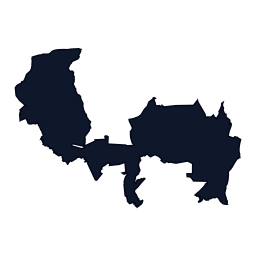 outline of Donato Guerra, México, Mexico
{"feature_id": "50627088B84805364121856", "entity_name": "Donato Guerra", "entity_type": "district", "adm_level": 2, "iso_a3": "MEX", "parent_name": "Mexico", "parent_adm1": "México", "projection": "albers", "projection_center": [-100.178, 19.319], "detail": "fine", "context": "isolated", "style": "filled", "palette": "ink", "viewbox_px": 256, "rotation_deg": 0, "n_neighbors": 0, "source": "geoboundaries", "source_scale": "gbopen_adm2", "svg_char_len": 5822}
<svg xmlns="http://www.w3.org/2000/svg" viewBox="0 0 256 256"><path d="M240.6,139.5L238.0,138.1L237.6,137.5L234.8,136.8L233.4,138.2L228.0,136.1L229.2,130.8L231.1,125.7L231.1,123.5L230.5,123.1L230.2,123.9L229.5,124.0L229.4,122.7L229.9,122.4L229.7,120.0L227.3,118.1L226.1,117.6L225.9,114.1L224.7,114.2L223.2,110.8L223.0,109.1L223.4,108.8L223.3,107.7L222.6,106.1L222.3,104.7L223.0,102.5L221.8,103.3L221.6,105.9L220.4,109.0L219.0,111.7L219.5,112.8L219.0,114.4L217.3,117.2L216.9,119.2L216.0,117.9L214.1,117.1L213.8,115.7L213.4,115.0L211.5,116.8L210.4,117.1L207.4,117.0L205.6,117.4L205.0,114.3L197.7,101.7L197.5,100.3L193.5,105.4L175.8,105.7L164.5,106.9L164.6,107.7L162.3,105.6L162.3,106.3L161.8,106.1L160.5,106.3L159.3,105.6L157.0,106.0L155.7,105.5L154.9,102.3L154.0,100.6L154.2,100.4L153.6,99.4L153.8,99.1L155.3,98.4L154.6,97.8L154.0,97.7L153.2,98.0L152.8,99.1L149.0,102.0L147.3,106.4L144.7,109.1L140.9,115.1L138.2,116.9L133.5,118.7L129.1,119.5L129.4,121.0L132.6,128.0L131.7,130.1L130.5,131.4L130.6,135.9L130.9,138.1L132.3,142.9L133.3,143.9L133.9,145.4L127.5,145.9L125.5,145.1L107.7,144.1L108.1,136.9L107.4,136.3L105.5,135.9L104.9,136.5L105.6,139.4L95.1,139.9L95.3,140.4L95.2,141.1L84.4,146.2L83.7,148.1L83.3,148.5L82.6,148.4L82.2,148.9L71.6,145.9L72.2,143.6L83.8,146.2L84.0,144.1L84.7,144.4L84.5,143.7L85.1,142.3L84.9,141.7L85.1,139.2L85.0,138.6L84.8,138.7L84.9,136.3L89.1,130.8L89.8,128.4L90.7,127.9L89.4,124.5L90.0,123.5L90.5,121.6L89.2,120.7L88.9,120.8L88.7,120.3L88.3,120.2L88.4,119.6L86.8,117.3L86.4,116.4L86.5,115.8L86.1,114.3L85.3,113.9L83.4,109.6L82.7,105.7L82.3,105.2L82.9,104.4L82.8,103.1L80.6,98.7L80.6,97.1L80.2,96.2L79.3,95.2L77.3,94.4L75.6,90.8L75.7,89.0L75.0,88.2L73.9,85.7L73.3,84.8L73.1,83.7L74.0,81.8L73.9,80.8L74.1,80.5L74.0,80.0L74.2,79.3L73.9,78.3L74.2,76.7L73.1,75.0L73.5,73.0L73.4,72.4L72.9,71.6L72.3,71.2L69.8,71.3L68.1,68.5L69.8,64.5L71.4,62.9L71.9,61.5L77.5,59.0L78.8,57.6L79.1,56.6L78.8,56.4L78.6,55.3L80.6,51.5L80.4,50.3L81.0,49.5L78.9,48.8L71.7,49.1L67.7,49.7L62.6,49.6L57.9,49.8L54.5,50.4L52.2,51.4L49.8,53.7L48.2,54.2L43.3,54.2L40.8,55.1L39.2,55.1L32.7,57.0L32.3,57.2L32.0,58.9L32.3,60.5L32.0,65.9L31.6,68.7L31.0,69.5L31.1,70.4L26.6,74.4L24.3,80.6L24.1,80.5L23.7,81.3L21.8,81.8L21.3,82.7L21.3,83.2L21.0,83.5L18.7,84.4L17.0,85.5L15.4,87.6L16.1,95.2L16.5,96.1L19.8,100.5L23.9,104.0L25.5,105.8L24.7,105.7L20.1,110.0L20.8,110.3L20.8,111.2L20.9,111.3L20.3,111.8L19.7,114.4L20.2,120.6L20.9,120.0L21.6,120.0L23.9,118.9L25.7,118.4L26.7,119.3L26.9,120.0L27.3,120.2L27.1,120.6L27.6,121.5L28.0,123.0L29.3,123.9L31.2,123.9L31.7,123.6L33.2,123.4L35.5,123.8L35.8,123.5L37.0,123.3L38.0,122.6L38.3,123.1L38.4,124.8L39.7,126.9L41.0,130.0L41.3,130.0L41.7,130.7L42.7,133.9L43.2,133.9L43.8,134.7L42.4,136.8L41.7,136.9L40.9,138.9L41.1,138.8L41.6,139.7L42.1,139.2L42.3,139.7L42.7,139.9L42.3,140.4L42.4,141.1L42.6,141.3L43.0,141.2L42.8,141.9L43.2,142.1L43.0,142.7L43.7,143.9L43.3,144.3L44.0,144.5L44.2,145.0L45.4,145.8L47.5,145.8L48.1,146.4L49.1,146.5L49.8,148.3L50.3,148.2L51.1,148.7L52.2,148.0L52.2,148.6L53.2,149.3L53.0,150.2L53.9,151.3L54.0,151.8L53.7,152.2L53.9,152.7L54.2,153.0L54.7,152.6L55.4,153.2L55.8,153.2L56.2,154.2L57.2,154.4L57.6,155.1L58.8,155.7L59.9,155.5L60.3,155.0L61.6,155.4L62.5,156.5L62.3,157.6L63.1,159.4L62.6,160.4L63.5,161.3L64.4,161.0L65.3,161.3L66.6,162.2L67.0,163.1L67.4,163.3L67.5,164.7L67.9,163.8L67.9,163.0L68.4,163.0L68.7,162.1L69.5,161.8L69.6,160.9L70.6,160.8L71.6,161.3L76.4,158.4L76.6,157.7L79.0,156.9L81.6,158.1L82.6,156.7L82.8,156.8L83.5,157.7L84.4,158.1L84.6,158.5L84.5,159.1L85.3,158.9L85.7,159.2L85.9,159.6L85.5,160.2L86.1,160.6L85.1,161.7L86.1,161.8L87.5,161.4L87.9,161.6L87.8,163.6L95.4,179.9L96.7,180.1L101.9,173.7L100.6,172.8L100.1,171.0L100.6,169.7L101.6,169.3L102.0,167.5L102.0,166.7L104.4,165.5L108.0,162.7L109.9,163.9L109.5,165.4L119.3,164.3L125.0,162.3L125.9,172.1L122.3,173.0L124.1,174.2L126.5,173.3L127.7,174.0L125.5,177.1L124.2,181.5L124.5,183.8L124.1,184.5L125.2,195.7L126.3,196.5L126.8,196.5L127.6,201.3L128.7,202.6L129.8,203.6L133.4,202.2L134.3,204.4L135.0,204.1L135.6,205.9L136.2,205.6L137.1,207.2L141.2,204.0L142.2,202.6L142.8,199.9L142.2,200.7L141.3,201.0L140.1,201.1L139.1,200.8L138.7,200.2L138.8,199.1L137.7,198.1L136.1,194.6L135.0,193.2L134.4,191.7L134.6,189.8L137.8,186.9L141.2,182.6L144.8,178.8L144.1,178.3L143.8,178.7L142.0,179.0L141.5,178.7L139.7,179.7L139.1,179.6L137.1,180.2L136.3,182.1L135.7,182.6L135.8,183.0L134.3,182.7L135.8,175.6L136.8,175.1L138.5,173.8L138.6,172.6L139.5,171.3L139.7,170.6L139.8,169.7L139.3,168.6L138.4,165.5L138.4,164.7L139.1,161.9L140.3,160.9L140.6,160.1L139.7,159.8L140.1,158.8L139.1,157.1L141.2,156.5L144.2,155.3L144.7,155.8L147.0,153.8L150.4,156.8L154.8,154.6L157.6,155.8L158.8,156.4L160.8,158.1L161.8,159.5L161.1,160.6L164.2,162.8L164.9,162.8L166.6,161.4L167.5,161.7L168.5,162.4L170.0,162.0L175.9,163.1L187.6,161.0L191.7,163.0L192.7,163.6L192.6,173.8L187.0,173.8L187.2,176.6L189.5,176.7L190.6,177.3L191.6,178.0L193.5,180.9L207.3,181.2L207.5,181.6L207.3,183.6L206.5,183.3L205.5,184.1L205.3,184.8L204.1,186.5L200.1,190.7L195.1,195.0L196.9,196.1L200.0,196.5L199.3,197.7L199.8,198.3L200.3,198.5L200.5,199.6L199.8,199.9L199.4,201.0L198.6,201.5L198.7,202.0L199.7,202.0L201.9,200.4L202.9,198.5L204.1,198.3L205.1,199.5L206.1,200.1L206.5,199.9L207.7,200.0L208.5,199.9L209.0,198.5L210.5,198.7L211.6,198.1L212.0,197.6L215.1,197.7L215.5,197.2L216.8,196.9L217.3,197.0L217.5,197.4L218.1,197.4L220.6,201.5L222.8,203.5L223.9,203.9L226.4,204.3L227.3,204.2L227.0,203.8L227.3,201.2L226.4,199.8L226.1,197.9L225.4,196.3L224.7,193.1L225.9,187.7L225.3,186.7L226.9,184.2L227.9,180.3L228.3,175.3L228.3,171.7L229.9,169.6L230.6,169.3L231.2,168.0L232.1,167.0L235.2,161.5L237.6,158.3L238.5,158.4L238.7,157.4L239.8,157.5L239.5,155.1L239.6,153.9L239.0,152.1L238.9,148.4L239.6,143.5L240.6,139.5Z" fill="#0f172a" stroke="#020617" stroke-width="1.5"/></svg>